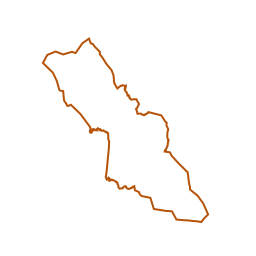 Tolga nor, Hedmark, Norway (Albers equal-area conic projection), rotated 13°
{"feature_id": "86288312B77330418137149", "entity_name": "Tolga nor", "entity_type": "district", "adm_level": 2, "iso_a3": "NOR", "parent_name": "Norway", "parent_adm1": "Hedmark", "projection": "albers", "projection_center": [11.024, 62.372], "detail": "fine", "context": "isolated", "style": "outline", "palette": "amber", "viewbox_px": 256, "rotation_deg": 13, "n_neighbors": 0, "source": "geoboundaries", "source_scale": "gbopen_adm2", "svg_char_len": 5326}
<svg xmlns="http://www.w3.org/2000/svg" viewBox="0 0 256 256"><g transform="rotate(13 128 128)"><path d="M225.5,194.2L218.4,184.7L211.2,178.4L202.3,174.0L201.7,171.4L200.4,169.3L196.1,157.8L185.5,151.2L183.1,149.6L176.6,145.1L174.5,142.3L169.7,142.6L170.2,142.0L170.0,141.9L169.8,141.9L169.4,142.0L169.1,142.0L169.0,141.9L169.1,141.7L169.2,141.3L169.3,140.9L169.5,140.4L169.9,140.0L169.9,139.5L170.0,138.9L170.0,138.6L170.2,138.3L170.3,138.0L170.4,137.6L170.3,137.3L170.5,136.9L170.4,136.5L170.5,135.6L170.4,134.5L170.3,134.1L170.2,133.9L170.2,132.9L170.1,132.7L170.3,132.4L170.3,132.0L170.0,131.6L170.2,130.6L170.2,130.4L169.9,130.3L169.6,130.0L169.5,129.9L169.2,129.8L169.0,129.1L168.6,128.5L168.3,128.2L167.4,123.6L167.5,120.2L165.1,117.1L164.6,115.7L164.5,114.2L163.3,113.4L162.6,113.2L161.0,111.4L157.6,108.2L147.9,108.0L144.4,107.9L144.0,108.3L144.0,108.5L143.9,108.5L143.8,108.8L143.6,109.3L143.2,109.6L143.2,109.8L142.9,110.1L142.6,110.1L142.3,110.3L142.0,110.7L141.7,110.8L141.7,111.0L141.5,111.3L141.3,111.4L141.3,111.5L141.2,111.7L141.0,111.8L140.7,112.0L139.9,111.8L139.8,111.7L139.3,111.8L138.9,111.7L138.5,111.7L138.3,111.4L138.1,111.3L137.9,111.1L137.2,111.2L133.9,111.9L133.7,111.6L133.7,111.3L133.4,110.6L133.2,110.1L132.8,109.4L132.6,109.2L132.0,108.3L131.5,107.7L131.8,107.2L132.3,106.5L132.4,106.1L132.6,105.3L132.6,104.8L132.7,104.6L132.7,104.4L133.0,103.9L133.0,103.6L133.0,103.3L133.2,102.3L133.3,102.2L130.2,98.8L129.8,98.1L126.7,98.8L124.9,99.7L123.2,98.8L123.1,98.2L122.8,97.9L122.7,98.1L122.4,98.0L122.2,97.5L122.3,97.4L122.0,97.0L122.0,96.8L121.9,96.7L121.7,96.5L121.6,96.4L121.6,96.2L121.2,96.2L121.1,96.3L120.8,96.5L120.7,96.4L120.2,96.4L120.2,95.6L119.6,94.9L119.2,94.7L118.6,93.5L118.4,93.3L117.9,93.1L117.6,93.0L117.2,92.5L116.9,92.2L116.7,91.9L116.5,91.7L116.2,91.3L116.3,91.1L116.2,91.1L116.0,90.9L116.1,90.7L116.1,90.4L116.0,90.0L116.2,89.8L116.2,89.7L116.4,89.6L116.5,89.3L116.6,89.2L116.6,88.9L116.4,88.8L116.4,88.7L116.3,88.8L116.1,88.7L115.9,88.6L115.9,88.4L115.9,88.2L116.0,88.1L116.0,87.9L116.0,87.6L115.8,87.8L115.7,87.7L115.4,87.8L115.3,87.6L115.0,87.5L114.7,87.6L114.1,87.6L113.5,87.6L113.2,87.5L112.5,87.8L112.4,87.9L112.4,88.1L112.5,88.2L112.4,88.3L112.0,88.4L111.2,88.7L110.9,89.2L109.7,90.6L109.6,90.9L108.9,91.3L108.7,91.8L107.4,90.6L107.0,90.1L105.1,87.9L104.5,87.4L104.0,86.1L103.7,85.2L103.5,84.3L102.0,79.9L99.0,75.4L92.5,70.4L86.9,64.8L84.0,62.6L83.4,60.1L78.2,56.8L76.9,55.9L74.9,54.1L72.7,53.9L72.6,53.7L69.9,49.7L65.2,54.9L64.6,55.4L60.1,66.7L56.1,66.5L48.3,70.9L40.2,69.8L32.9,75.0L30.5,83.8L42.4,91.0L48.2,98.4L51.8,105.1L52.2,105.8L52.5,106.2L52.9,106.6L53.4,106.8L54.0,106.8L56.5,106.6L59.5,115.6L62.7,118.6L62.9,118.7L63.0,119.2L63.4,119.5L63.6,119.9L64.9,119.9L65.2,119.6L66.0,119.2L66.4,118.8L66.5,118.5L67.1,118.2L78.4,125.0L90.9,135.6L90.9,135.8L91.0,135.9L91.0,136.2L91.1,136.4L91.4,136.8L91.9,137.3L92.1,137.4L92.3,137.6L92.5,137.6L92.3,138.1L92.2,138.3L91.8,138.6L91.5,139.0L91.6,139.3L91.5,139.6L91.8,139.9L91.9,140.4L92.2,140.7L92.3,141.0L92.5,141.1L92.8,140.9L93.1,140.9L93.5,140.5L93.7,140.3L94.2,138.8L93.5,138.2L94.4,137.3L94.4,137.2L94.6,137.1L94.5,136.9L94.9,136.7L95.5,137.1L95.9,137.1L96.0,137.4L96.1,137.5L96.2,137.4L96.3,137.3L96.7,137.4L96.8,137.3L96.8,137.1L97.2,136.9L97.6,137.0L97.6,137.3L97.8,137.3L97.7,137.2L97.8,137.1L98.1,136.9L98.1,136.7L97.9,136.6L98.1,136.3L98.1,135.9L98.6,135.1L98.9,135.3L99.4,135.2L99.8,135.3L100.0,135.4L100.2,135.8L100.4,136.1L100.5,136.2L100.6,136.4L100.8,136.5L101.1,136.3L101.2,136.2L101.3,135.8L101.5,135.6L101.8,136.0L102.0,136.1L102.1,136.4L102.7,136.3L103.2,136.6L103.4,136.5L103.6,136.4L103.9,136.4L104.3,136.1L104.5,136.1L104.7,135.9L104.8,136.0L105.2,136.2L105.5,136.3L105.8,136.3L106.3,136.7L107.3,136.8L107.6,137.0L107.8,136.8L108.0,136.7L108.7,136.9L108.9,137.0L109.1,137.1L109.3,137.4L109.3,137.5L109.5,137.5L109.8,137.7L111.0,141.8L110.9,142.5L112.7,145.4L113.8,151.5L116.9,174.8L117.3,179.3L117.3,180.6L119.0,183.1L119.7,182.9L120.2,180.8L120.9,181.1L121.3,181.5L121.5,181.8L121.4,182.0L121.6,182.2L121.6,182.4L121.7,182.5L121.7,182.9L121.7,183.0L121.8,183.1L121.7,183.3L121.7,183.6L122.0,183.6L122.3,183.3L122.5,182.9L122.9,182.8L122.9,182.7L123.0,182.5L123.0,182.2L123.4,182.1L123.8,181.9L124.4,182.1L124.7,182.3L125.1,182.3L125.5,182.1L126.5,182.4L126.7,182.5L126.9,182.6L127.4,182.8L127.8,182.8L128.0,182.8L128.1,183.1L128.8,183.3L129.1,183.6L129.3,183.6L129.6,183.4L129.8,183.4L130.0,183.6L130.1,184.4L130.3,184.9L131.0,185.5L131.5,186.0L131.6,186.7L131.6,186.8L132.1,188.0L133.4,189.0L133.7,188.9L134.1,188.6L134.9,188.4L135.2,188.3L135.6,188.3L135.8,188.2L136.0,187.9L136.3,187.9L136.3,187.4L136.7,186.9L136.9,186.7L137.0,186.4L137.4,185.9L137.7,185.7L137.9,185.5L138.1,185.4L138.5,185.6L138.8,185.5L139.0,185.4L139.2,185.8L139.5,185.9L139.6,186.2L139.7,186.4L140.4,186.9L141.1,187.1L141.6,187.3L141.9,187.2L142.2,187.3L142.5,187.2L143.3,186.8L143.5,186.4L143.9,186.2L144.1,185.9L144.3,185.8L144.6,185.9L144.9,185.6L145.2,185.5L145.4,185.2L145.8,184.8L145.7,184.5L145.7,184.3L146.1,184.3L146.7,183.9L146.8,183.7L147.2,183.3L148.8,187.1L152.9,187.9L154.7,190.2L156.7,191.2L165.5,191.0L171.4,201.1L183.0,200.3L189.6,199.3L195.8,206.3L204.9,205.0L206.5,204.6L212.5,204.0L215.5,203.5L220.7,203.1L221.0,202.1L222.7,198.6L225.5,194.2Z" fill="none" stroke="#b45309" stroke-width="2"/></g></svg>